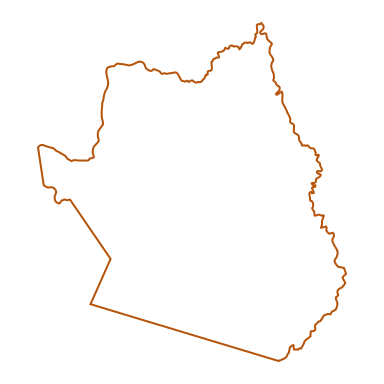 the district of La Campa, Lempira, Honduras
{"feature_id": "27666195B33699186297111", "entity_name": "La Campa", "entity_type": "district", "adm_level": 2, "iso_a3": "HND", "parent_name": "Honduras", "parent_adm1": "Lempira", "projection": "equal_earth", "projection_center": [-88.545, 14.476], "detail": "fine", "context": "isolated", "style": "outline", "palette": "amber", "viewbox_px": 384, "rotation_deg": 0, "n_neighbors": 0, "source": "geoboundaries", "source_scale": "gbopen_adm2", "svg_char_len": 5855}
<svg xmlns="http://www.w3.org/2000/svg" viewBox="0 0 384 384"><path d="M335.7,263.8L334.6,261.6L334.5,260.9L335.1,259.3L336.5,257.4L337.0,256.1L337.5,254.1L337.7,252.1L336.9,249.8L333.8,244.4L332.8,242.1L332.3,240.4L332.3,239.6L334.0,236.2L334.0,235.2L333.6,234.0L333.1,233.0L332.8,232.8L329.3,233.7L328.5,233.2L327.1,231.7L326.3,230.4L326.2,229.7L326.6,228.8L326.7,228.1L326.4,227.1L326.0,226.5L323.3,227.3L321.1,227.7L321.1,227.4L321.6,226.2L322.0,224.3L322.0,221.7L322.2,220.5L323.5,216.9L323.7,216.1L323.7,215.6L323.1,215.2L322.4,215.6L321.8,215.7L319.9,214.9L318.5,214.6L315.3,215.7L314.6,215.5L314.4,215.0L314.4,213.6L314.2,211.7L312.8,209.7L312.2,208.4L312.3,207.9L312.8,207.1L313.1,206.2L313.2,204.4L313.0,203.2L312.1,201.5L311.4,200.9L310.4,200.7L310.1,199.7L310.0,197.5L309.3,193.9L309.4,193.3L310.1,192.3L311.0,191.8L311.3,192.0L311.5,192.8L312.1,193.3L313.6,193.0L313.8,192.4L313.6,191.6L312.2,189.0L312.1,187.8L312.3,187.5L315.1,186.8L315.5,185.9L315.4,185.4L315.1,185.1L314.0,185.4L312.8,185.1L311.9,183.9L311.7,183.3L312.2,183.0L314.3,183.0L315.4,182.3L315.8,181.8L316.0,179.6L316.3,178.7L319.0,177.2L320.1,176.3L320.6,175.5L320.8,174.9L320.5,174.6L318.0,173.5L317.0,172.7L316.8,172.1L317.1,171.4L318.0,171.1L320.6,171.3L321.5,170.9L321.9,170.2L321.9,169.7L321.7,168.8L320.1,165.3L319.9,163.2L317.5,161.4L316.9,160.8L316.6,160.3L316.9,158.9L318.3,156.8L318.8,155.3L318.1,154.8L316.6,155.3L315.8,155.1L315.5,153.9L315.7,152.6L314.2,149.0L313.5,148.5L313.0,148.3L311.3,148.3L310.3,148.0L309.6,147.5L308.3,145.8L307.5,145.4L307.0,145.4L305.9,145.9L304.7,145.4L303.4,145.4L302.5,145.7L302.0,145.5L301.6,144.4L301.4,143.2L299.7,141.1L299.1,140.1L298.8,136.3L298.5,135.5L297.5,134.6L295.3,133.4L294.4,132.6L293.9,131.8L293.8,131.0L294.1,126.1L293.9,125.1L293.3,124.2L291.2,123.1L290.3,122.3L290.1,121.3L290.3,119.0L289.8,117.3L287.2,112.2L286.3,109.8L282.6,102.9L282.3,101.4L282.5,93.6L282.1,92.3L281.7,91.7L277.3,94.5L276.6,94.7L276.1,94.5L276.1,94.1L276.3,93.5L279.5,90.1L279.7,89.1L279.7,88.0L279.6,87.2L279.2,86.6L276.9,85.2L275.7,82.7L275.0,81.9L273.8,81.0L273.2,80.1L274.0,78.2L273.9,75.4L273.5,73.6L271.8,69.2L271.2,66.1L271.9,62.6L272.1,62.2L272.6,61.8L273.1,61.1L273.3,60.6L273.3,59.9L273.0,58.9L272.3,57.3L270.0,54.0L269.6,53.0L269.5,51.9L269.8,48.0L271.3,44.9L271.8,44.2L271.9,43.8L271.4,43.0L269.5,41.4L267.4,39.3L267.0,38.3L266.3,34.3L265.8,33.5L264.7,33.3L263.1,33.9L261.6,34.1L260.9,33.9L260.4,33.3L260.2,32.7L260.3,31.9L263.1,29.1L263.4,28.3L263.6,27.1L263.6,26.4L263.3,25.6L261.2,23.0L260.4,23.9L259.1,24.2L257.6,24.3L256.9,25.1L256.8,26.8L257.3,30.8L257.2,32.6L256.9,33.2L255.3,34.4L255.9,36.9L255.2,37.7L254.2,41.5L253.3,43.4L252.8,43.8L252.3,43.8L250.0,42.3L247.5,43.0L246.0,42.5L244.6,42.6L243.4,43.7L242.4,44.1L241.7,46.0L240.9,47.5L240.1,48.7L239.4,49.2L239.2,48.9L238.3,46.7L235.3,46.2L233.7,46.6L232.4,45.7L231.1,45.5L230.2,45.9L229.4,46.6L229.0,48.1L228.5,48.7L227.6,48.7L225.2,47.9L224.2,50.1L223.3,50.9L222.2,51.5L218.9,52.1L218.0,52.6L217.8,53.3L219.0,56.4L219.0,57.3L217.9,57.6L216.3,57.6L215.0,58.6L213.8,58.9L213.0,59.8L212.5,61.3L211.6,61.8L211.5,62.7L211.9,67.9L211.8,69.6L211.3,69.9L210.7,70.7L209.1,70.8L208.1,71.2L207.6,72.4L207.6,73.1L207.8,73.9L207.7,74.3L207.1,74.8L206.2,74.7L205.6,75.1L205.4,75.6L205.5,76.4L204.0,78.8L202.2,80.5L201.5,81.6L200.6,82.1L199.4,82.2L198.3,81.9L196.8,82.6L196.2,82.6L194.0,81.9L192.9,80.6L192.5,80.4L190.6,80.7L188.9,81.9L188.4,81.8L187.7,81.0L187.1,80.7L186.5,80.8L185.7,81.4L184.8,81.6L182.9,80.9L181.8,80.8L180.9,79.7L177.9,74.1L176.9,73.0L175.8,72.5L174.5,72.4L172.5,73.0L170.2,73.2L167.2,73.8L166.2,73.7L165.0,73.3L164.1,73.2L162.7,73.8L162.0,73.9L161.3,73.5L160.0,71.9L159.2,71.2L154.4,69.2L153.4,69.2L152.4,70.3L151.3,70.9L149.6,70.7L147.5,69.6L145.9,68.2L144.6,64.7L143.4,62.9L142.1,62.2L140.5,61.7L139.3,61.7L137.6,62.1L133.0,64.4L129.2,65.5L124.2,64.4L117.4,63.6L115.6,64.8L114.0,66.2L110.0,66.6L108.9,67.2L107.9,67.4L106.9,68.6L106.4,70.5L106.3,72.2L106.7,75.2L107.8,80.0L108.2,83.0L107.8,86.2L106.6,89.0L105.5,90.9L104.5,93.5L104.0,95.4L103.3,99.9L102.6,101.9L102.2,103.8L102.2,105.8L101.7,111.1L101.7,115.1L101.9,118.0L102.9,122.0L103.0,124.4L98.5,130.7L98.2,131.5L97.8,133.2L97.8,135.2L98.0,137.5L98.7,139.5L98.7,140.5L98.6,141.2L97.4,142.8L93.8,146.7L93.3,148.1L92.7,150.5L92.7,152.8L93.9,156.6L93.7,157.3L93.2,157.8L90.0,158.5L88.5,160.2L87.6,160.5L78.4,160.5L74.3,160.1L71.2,161.0L67.2,158.6L65.9,156.5L64.6,155.4L63.1,154.6L62.3,153.8L60.9,153.4L59.5,152.4L56.0,150.7L54.1,148.7L52.9,148.1L48.2,146.9L42.4,144.9L41.2,145.0L39.8,145.7L38.8,146.4L38.0,147.4L43.7,185.1L45.7,186.6L48.1,187.6L50.7,187.2L52.4,187.3L53.9,188.2L55.2,189.4L55.9,190.7L56.2,192.4L54.7,196.3L54.6,197.6L54.8,199.2L55.1,200.4L55.6,201.3L56.4,202.2L57.4,202.9L58.7,203.4L59.3,203.3L60.0,202.8L61.8,200.4L63.3,200.1L64.4,199.6L65.0,199.5L67.2,200.3L70.0,199.6L110.6,258.9L90.5,304.2L278.6,361.0L278.7,360.7L281.2,360.0L283.9,358.7L285.3,357.9L286.3,357.0L286.8,356.3L287.6,354.3L288.9,352.5L289.9,347.4L291.2,346.3L292.7,345.3L293.2,345.0L293.5,345.3L293.8,349.2L294.1,349.6L296.9,349.4L297.9,349.7L299.7,348.3L300.1,348.3L300.7,348.6L301.1,348.5L303.7,343.9L304.4,341.8L304.8,341.0L306.1,339.7L310.5,336.4L310.6,332.9L310.9,331.4L311.1,331.2L312.8,331.3L314.9,330.3L315.2,329.7L315.2,328.5L315.0,325.6L315.2,325.0L315.7,324.4L317.8,322.6L318.2,321.8L320.5,321.0L321.7,318.9L322.4,318.4L322.9,316.9L323.8,315.5L327.7,314.0L330.5,314.3L331.9,311.7L333.9,310.7L335.4,309.8L335.9,309.3L336.9,306.8L337.4,304.5L337.3,302.6L336.2,299.7L335.8,297.9L336.0,297.2L337.1,296.5L338.1,295.3L338.1,294.7L337.5,292.9L337.5,290.8L338.0,290.0L339.1,288.9L341.9,287.4L344.0,285.1L345.1,283.3L345.1,282.6L343.3,279.2L342.6,277.4L344.5,275.1L345.8,274.2L346.0,273.7L345.4,271.8L344.3,269.0L344.1,268.1L341.6,267.4L338.4,266.9L337.4,266.1L335.7,263.8Z" fill="none" stroke="#b45309" stroke-width="2"/></svg>